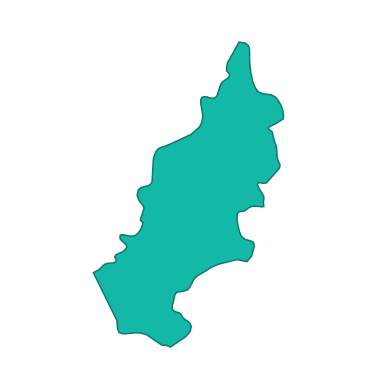 Oum el Bouaghi, Robinson projection, rotated 101°
{"feature_id": "DZA-2221", "entity_name": "Oum el Bouaghi", "entity_type": "Province", "adm_level": 1, "iso_a3": "DZA", "parent_name": "Algeria", "parent_adm1": "", "projection": "robinson", "projection_center": [7.045, 35.82], "detail": "fine", "context": "isolated", "style": "filled", "palette": "teal", "viewbox_px": 384, "rotation_deg": 101, "n_neighbors": 0, "source": "natural_earth", "source_scale": "10m", "svg_char_len": 2378}
<svg xmlns="http://www.w3.org/2000/svg" viewBox="0 0 384 384"><g transform="rotate(101 192 192)"><path d="M58.8,181.9L35.8,174.4L35.7,168.5L36.2,166.8L37.6,164.7L39.7,163.3L43.3,162.2L51.5,160.7L63.1,157.3L72.5,153.2L77.6,149.8L80.8,146.4L81.8,143.0L81.9,139.6L81.5,132.9L82.7,128.5L85.3,125.2L90.1,121.0L95.6,118.0L98.4,117.0L101.2,116.4L102.8,116.4L108.6,122.4L113.0,128.3L113.8,128.8L115.2,128.9L116.2,127.8L116.9,126.4L117.2,125.4L117.5,124.9L126.1,121.0L129.4,118.9L132.4,117.4L141.4,115.1L143.5,114.3L145.7,112.9L147.2,111.5L149.4,110.6L151.9,110.8L168.9,120.6L169.9,123.8L169.9,127.0L170.4,128.9L172.2,129.3L176.0,126.6L181.5,121.5L184.1,120.2L187.8,120.1L192.6,118.7L193.2,120.5L193.6,125.1L194.1,128.1L195.0,131.1L196.5,133.1L198.7,134.9L200.6,136.9L201.5,138.7L201.8,140.5L202.8,142.3L205.0,143.4L210.0,142.6L215.0,141.0L222.3,137.7L226.1,135.0L228.3,131.1L228.9,124.5L229.5,122.3L231.4,121.1L234.4,120.5L243.6,121.3L249.9,124.8L249.8,135.2L257.7,152.0L263.2,159.9L266.6,163.1L272.9,170.4L275.7,172.5L278.5,173.9L285.9,176.0L288.9,177.6L290.5,180.5L293.3,187.7L295.8,189.1L307.5,189.6L310.9,188.9L312.3,187.1L312.8,184.4L313.0,181.8L313.8,179.9L317.1,176.9L318.6,174.4L319.7,171.4L321.6,168.7L324.4,167.0L329.0,167.2L332.5,168.9L335.6,171.0L348.3,183.6L347.5,187.1L347.5,187.9L347.5,189.2L348.1,191.8L347.6,193.6L340.6,209.7L340.3,215.6L340.9,220.4L343.7,229.7L344.4,233.7L343.9,236.8L340.7,238.8L337.8,239.8L334.8,240.4L332.0,241.5L290.0,273.4L285.9,268.4L280.6,264.8L279.0,262.9L278.2,261.3L276.5,255.1L274.9,253.5L273.4,253.3L271.7,254.7L270.3,255.4L268.2,254.7L263.5,248.2L260.9,246.3L258.4,245.5L256.4,246.6L254.9,248.8L253.1,252.0L251.2,253.9L248.1,254.3L247.1,252.1L247.2,244.3L246.0,240.0L243.2,237.4L239.4,235.5L236.0,234.6L232.1,234.4L231.3,234.5L230.7,235.3L230.5,235.9L230.2,236.5L229.6,237.2L228.3,237.4L218.1,236.0L216.4,236.3L214.3,237.8L212.2,240.5L209.3,243.3L205.8,245.2L200.0,245.1L197.2,242.6L193.5,235.1L191.3,233.6L189.3,233.2L167.2,236.2L163.5,235.9L158.8,235.0L156.2,233.4L154.3,231.3L152.0,226.9L148.6,221.8L135.7,204.0L126.8,197.1L122.5,195.9L118.4,195.6L114.4,196.1L103.4,200.3L100.0,201.0L97.3,200.5L96.0,197.7L95.8,195.1L96.2,192.3L96.1,190.1L95.4,187.6L93.6,186.3L92.1,185.6L82.9,184.7L80.0,184.0L77.5,182.5L72.6,177.9L70.4,177.4L68.8,178.2L66.2,181.3L62.2,181.8L58.8,181.9Z" fill="#14b8a6" stroke="#0f766e" stroke-width="1.5"/></g></svg>